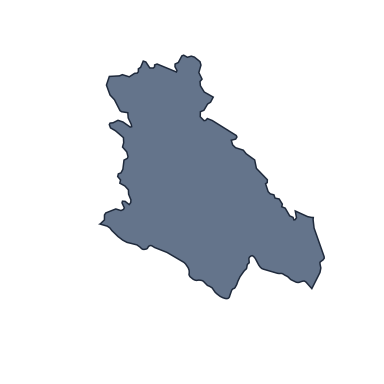 Scottish Borders, Equal Earth projection, rotated 63°
{"feature_id": "GBR-2026", "entity_name": "Scottish Borders", "entity_type": "Unitary District", "adm_level": 1, "iso_a3": "GBR", "parent_name": "United Kingdom", "parent_adm1": "", "projection": "equal_earth", "projection_center": [-2.709, 55.532], "detail": "fine", "context": "isolated", "style": "filled", "palette": "slate", "viewbox_px": 384, "rotation_deg": 63, "n_neighbors": 0, "source": "natural_earth", "source_scale": "10m", "svg_char_len": 3012}
<svg xmlns="http://www.w3.org/2000/svg" viewBox="0 0 384 384"><g transform="rotate(63 192 192)"><path d="M332.5,129.1L324.1,131.3L323.1,131.8L322.2,132.5L321.6,134.3L321.1,137.8L320.6,138.9L319.7,140.1L315.1,143.6L314.2,144.0L311.2,145.0L310.2,145.6L308.3,147.0L306.6,148.0L305.7,148.6L305.0,149.6L304.2,151.4L303.2,152.8L293.1,163.5L291.8,164.6L289.9,165.3L287.3,165.7L279.9,165.8L277.7,166.3L276.7,166.8L276.0,167.3L275.8,168.5L275.9,169.4L276.1,170.3L276.6,171.0L277.2,171.6L280.2,172.8L281.0,173.2L281.3,174.1L281.4,174.9L281.8,175.7L282.5,176.3L284.7,177.9L285.2,178.6L285.4,179.4L285.6,180.2L286.2,181.8L289.3,187.7L292.4,191.7L294.8,194.2L296.7,197.0L297.0,197.7L297.0,198.4L297.0,198.8L296.9,199.1L296.9,199.8L297.2,200.5L297.5,201.2L301.7,205.6L302.4,206.2L302.8,206.9L303.1,207.6L303.1,208.5L302.8,209.5L302.0,210.7L300.2,212.5L297.8,214.3L294.0,216.1L291.8,216.9L286.5,217.6L284.1,219.1L282.2,220.7L276.7,222.4L275.5,223.2L274.2,224.9L273.5,226.1L272.8,228.2L271.8,229.4L270.3,230.6L266.6,232.2L265.0,232.3L263.8,232.0L263.2,231.4L261.4,230.5L260.4,230.1L257.8,229.8L253.1,230.4L251.1,231.1L234.5,241.7L224.5,250.5L222.0,252.0L221.2,252.7L220.7,253.6L220.7,255.3L221.2,256.2L221.7,256.9L222.0,257.5L222.1,258.1L222.0,258.9L221.4,260.8L220.8,261.8L219.7,262.6L217.3,263.4L214.1,265.1L209.7,270.1L207.4,272.8L203.4,275.6L198.2,278.1L190.0,280.9L186.7,281.5L184.0,283.0L178.8,288.5L178.8,288.3L177.1,282.7L172.7,280.4L171.5,278.3L172.5,267.6L176.3,263.7L176.4,260.9L175.4,259.5L169.9,259.3L168.6,258.1L170.0,255.8L174.7,253.7L173.6,251.4L171.3,250.0L165.2,249.5L161.2,247.7L156.1,249.1L151.4,252.3L148.8,250.2L144.5,251.2L142.4,249.4L142.7,246.6L140.4,243.3L132.7,238.1L132.7,234.3L131.5,233.0L126.7,231.9L120.4,233.5L117.1,230.5L112.4,228.4L102.7,232.4L97.9,235.5L94.4,235.1L93.4,233.7L94.5,230.9L94.5,225.4L98.3,221.7L106.1,217.6L106.4,216.1L104.0,215.4L97.0,215.2L92.2,213.2L88.5,218.3L86.8,219.2L74.6,219.2L68.4,221.0L57.9,219.7L51.5,213.2L55.6,203.9L55.8,200.8L60.9,195.6L60.2,189.3L61.2,186.9L60.5,185.2L57.9,183.9L57.6,181.2L53.2,176.0L55.2,174.1L62.3,173.3L64.0,170.2L63.5,168.5L61.8,167.6L62.1,165.0L78.0,151.4L76.9,150.2L72.7,150.3L70.3,149.0L70.4,145.4L66.1,139.2L66.3,137.3L69.9,134.9L70.6,131.0L72.9,128.6L77.9,126.4L79.5,125.7L83.0,126.4L84.4,127.7L88.7,131.7L96.0,131.8L97.2,134.7L101.2,136.3L108.5,135.7L117.1,130.0L120.4,134.7L120.7,138.2L124.6,144.3L124.3,148.1L128.7,150.5L133.9,148.9L134.4,147.3L133.5,145.0L137.5,141.5L161.8,126.9L163.4,127.0L164.7,129.1L163.7,133.5L168.5,134.4L172.3,133.1L178.0,127.3L182.5,126.4L184.5,125.4L191.9,121.6L200.2,123.9L215.3,119.3L217.8,120.7L218.0,122.7L226.3,124.0L229.2,123.1L231.7,120.3L235.1,120.8L237.8,117.5L243.8,117.0L245.9,118.7L248.7,116.3L257.6,115.8L260.5,113.5L263.1,113.9L263.5,112.8L262.4,110.6L255.8,108.6L266.5,100.1L268.8,97.2L269.8,95.5L271.5,96.6L279.5,99.6L309.4,103.6L311.0,104.2L312.0,106.1L312.3,108.2L312.7,109.9L314.2,110.6L318.2,111.7L321.8,114.5L332.5,129.1Z" fill="#64748b" stroke="#1e293b" stroke-width="1.5"/></g></svg>